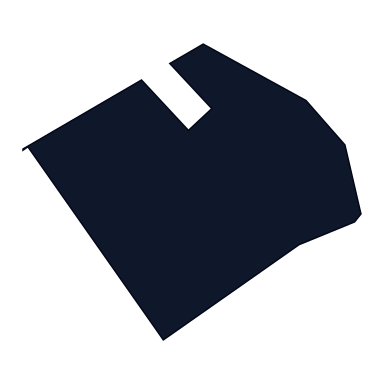 the district of 56, Ar Rayyān, Qatar
{"feature_id": "91078587B78066269672175", "entity_name": "56", "entity_type": "district", "adm_level": 2, "iso_a3": "QAT", "parent_name": "Qatar", "parent_adm1": "Ar Rayyān", "projection": "mercator", "projection_center": [51.499, 25.212], "detail": "fine", "context": "isolated", "style": "filled", "palette": "ink", "viewbox_px": 384, "rotation_deg": 0, "n_neighbors": 0, "source": "geoboundaries", "source_scale": "gbopen_adm2", "svg_char_len": 388}
<svg xmlns="http://www.w3.org/2000/svg" viewBox="0 0 384 384"><path d="M361.0,213.9L360.3,211.2L348.6,160.8L344.9,144.9L323.3,120.3L306.0,100.5L298.3,96.3L204.1,44.6L203.2,44.1L169.8,63.5L211.8,108.6L188.4,130.4L141.5,80.0L23.0,149.0L23.0,150.2L27.9,146.8L156.7,330.4L163.3,339.9L245.6,282.2L299.0,244.7L354.6,221.9L361.0,213.9Z" fill="#0f172a" stroke="#020617" stroke-width="1.5"/></svg>